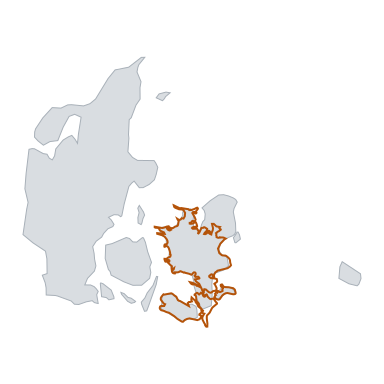 Sjaælland on a map of Denmark (orthographic projection)
{"feature_id": "DNK-3420", "entity_name": "Sjaælland", "entity_type": "Region", "adm_level": 1, "iso_a3": "DNK", "parent_name": "Denmark", "parent_adm1": "", "projection": "orthographic", "projection_center": [11.743, 55.283], "detail": "fine", "context": "in_parent", "style": "outline", "palette": "amber", "viewbox_px": 384, "rotation_deg": 0, "n_neighbors": 0, "source": "natural_earth", "source_scale": "10m", "svg_char_len": 9664}
<svg xmlns="http://www.w3.org/2000/svg" viewBox="0 0 384 384"><path d="M98.2,303.5L97.5,303.4L94.4,302.6L92.2,300.7L86.4,301.8L78.7,304.5L74.4,304.2L71.2,301.0L57.5,296.0L55.3,295.5L46.2,295.0L46.1,287.9L45.2,282.8L42.3,275.2L47.1,273.6L46.9,258.8L45.5,251.2L32.9,242.8L23.0,234.6L26.7,209.2L28.1,202.4L24.9,188.8L26.1,173.5L29.0,149.3L32.2,148.6L34.5,148.8L43.2,153.6L47.0,154.2L49.3,158.2L52.3,159.9L54.6,155.9L55.8,148.9L63.2,140.0L68.3,136.9L71.8,135.4L75.0,139.2L77.5,143.4L78.4,134.4L81.1,117.2L74.6,114.3L69.1,116.4L63.2,127.1L57.8,140.6L49.9,141.6L43.4,145.2L38.0,140.9L34.5,137.1L34.7,131.9L35.6,128.8L42.8,117.9L52.2,107.6L61.0,108.1L67.7,104.9L71.5,104.7L83.6,105.9L89.9,103.7L95.6,99.0L108.1,78.5L115.1,69.9L128.7,67.2L141.3,57.4L144.8,57.3L138.8,64.7L137.8,67.6L137.0,72.0L141.0,81.7L140.0,87.6L140.1,99.1L136.0,105.1L131.2,117.8L129.2,119.7L128.5,134.6L128.9,138.2L127.9,151.8L132.5,157.4L137.5,160.4L154.1,160.6L155.8,163.1L157.8,167.3L156.2,174.4L154.4,179.8L149.4,184.3L143.2,187.6L139.3,187.7L134.1,181.1L131.6,183.2L128.9,186.4L124.2,203.9L121.8,215.8L120.7,216.7L118.2,214.9L114.0,214.7L108.5,217.3L111.2,219.9L114.0,224.4L112.8,226.6L107.9,228.8L103.6,233.5L101.7,237.1L96.2,241.2L92.7,246.6L94.1,253.4L94.6,259.3L95.9,265.9L94.4,271.1L87.5,278.4L84.8,284.9L90.6,285.0L94.1,286.6L96.1,288.6L98.2,291.4L96.7,294.7L98.2,303.5ZM235.5,223.2L235.8,231.7L234.6,234.2L232.7,235.8L228.0,237.6L223.8,240.0L220.2,244.3L218.8,250.4L221.8,254.8L227.1,257.2L228.5,265.6L224.2,269.8L212.9,274.0L211.8,284.1L212.2,292.0L212.0,297.7L211.2,305.7L202.0,309.4L196.0,297.2L196.0,292.4L194.2,286.7L193.9,281.9L191.8,274.2L183.2,272.1L179.8,271.8L175.2,273.2L174.0,272.6L168.5,262.0L169.5,250.4L166.6,244.5L166.2,241.9L166.3,238.9L163.9,236.5L161.0,235.2L159.6,228.6L163.0,227.0L171.3,227.9L173.8,227.5L176.0,226.1L182.8,215.4L182.6,213.0L183.4,209.9L190.7,208.8L193.9,213.0L193.2,219.6L193.6,228.2L198.1,230.5L199.8,230.8L201.6,224.5L202.9,221.5L204.7,219.7L205.2,214.0L204.2,210.5L202.0,207.9L210.2,200.7L218.7,195.0L223.6,194.7L228.6,196.0L233.2,197.9L235.7,199.5L237.2,202.1L234.1,208.4L233.3,211.9L235.5,223.2ZM143.5,237.9L145.4,242.3L147.7,251.8L151.5,262.4L149.8,266.8L150.8,272.5L149.6,278.4L141.7,285.2L132.9,285.3L123.8,281.8L111.1,275.1L110.1,271.5L108.4,269.5L105.2,258.5L105.7,245.1L112.1,243.6L126.3,237.5L129.5,238.5L132.8,241.9L136.7,242.1L142.4,237.6L143.5,237.9ZM177.5,299.2L186.1,304.5L192.0,304.2L196.0,306.4L196.9,309.8L197.3,317.3L193.1,319.5L188.4,318.7L182.1,321.5L161.5,309.1L161.9,298.9L162.8,294.9L172.5,294.1L177.5,299.2ZM358.8,284.3L357.1,285.8L349.0,283.8L338.9,278.4L339.9,266.8L342.2,261.7L360.5,273.8L361.0,278.6L358.8,284.3ZM146.7,310.9L144.5,311.3L141.7,304.4L141.3,302.2L144.9,297.9L147.2,292.9L153.0,285.4L156.5,276.4L157.7,276.6L156.2,284.5L148.3,306.7L146.7,310.9ZM114.0,298.7L108.9,299.8L106.4,297.6L101.6,296.7L100.3,283.6L100.8,282.9L103.1,283.8L111.2,290.1L113.9,296.9L114.0,298.7ZM235.4,292.7L233.6,294.0L226.1,293.2L217.7,299.1L214.5,297.3L215.7,293.5L216.5,292.1L219.4,290.5L221.2,288.2L221.9,284.5L223.7,286.5L228.9,287.2L231.5,288.4L233.6,290.1L235.4,292.7ZM141.9,223.1L141.1,224.6L138.1,223.0L137.9,217.5L139.1,212.6L137.8,208.2L139.3,205.4L143.5,212.0L144.6,215.1L142.9,218.8L141.9,223.1ZM164.4,98.7L162.5,100.7L156.2,97.8L159.1,93.9L166.0,92.1L170.1,92.8L165.6,96.6L164.4,98.7ZM134.6,302.4L131.3,303.3L127.6,301.3L121.6,294.3L120.9,292.4L124.1,293.6L128.0,297.4L131.2,298.2L135.6,301.4L134.6,302.4ZM240.4,239.1L235.9,242.8L234.9,242.6L233.4,237.7L235.7,234.6L237.1,232.1L238.1,232.1L239.5,234.9L240.4,239.1Z" fill="#d9dde1" stroke="#a8b0b8" stroke-width="1"/><path d="M225.7,238.6L224.4,239.4L220.4,243.6L218.0,248.6L219.3,253.1L221.7,255.1L222.5,255.4L225.5,255.6L226.3,256.0L228.4,257.7L229.5,259.0L230.0,260.3L230.1,261.7L230.3,263.0L231.0,265.2L230.1,266.4L227.6,268.2L217.4,270.7L216.7,271.5L215.4,272.3L214.5,273.8L213.9,275.5L214.2,277.0L213.8,277.7L213.4,278.0L213.0,277.9L212.5,277.5L212.9,275.7L212.3,274.6L211.3,274.3L209.3,275.8L209.2,276.7L209.5,277.0L210.9,278.1L214.9,278.5L216.8,279.1L217.2,281.1L216.9,281.9L216.6,282.2L214.9,283.3L214.4,283.8L214.7,284.0L216.6,288.0L216.5,289.6L215.9,290.5L214.9,290.9L213.8,290.9L213.0,291.2L211.4,292.5L210.3,292.7L208.6,292.0L205.9,289.5L204.3,289.2L204.2,289.6L204.6,289.8L204.0,290.3L203.6,290.4L203.9,292.1L203.5,293.0L203.1,293.9L202.9,295.1L203.3,296.0L204.0,296.6L204.7,296.7L205.3,296.2L204.9,295.1L205.4,295.0L206.6,294.4L207.0,294.9L207.8,296.8L209.8,298.7L210.6,299.1L212.5,298.7L213.4,298.7L214.1,299.4L215.5,301.5L217.0,303.2L217.0,303.7L212.7,307.3L212.0,308.1L210.1,311.8L209.8,312.5L209.4,312.9L208.0,314.5L207.5,314.8L206.8,316.0L206.8,318.7L207.4,323.5L207.3,326.6L206.3,326.7L205.2,325.4L205.0,324.2L204.3,323.2L202.7,320.0L202.3,318.9L202.4,317.2L203.0,315.8L204.3,313.7L203.3,313.5L202.6,313.0L202.5,312.1L203.0,310.7L202.4,310.4L201.6,309.0L199.4,306.6L199.0,305.5L198.9,304.8L198.9,303.9L198.6,303.3L197.7,302.3L197.0,301.7L196.5,300.8L196.3,299.1L196.2,297.6L196.1,296.4L195.6,295.6L194.6,295.1L194.6,294.5L196.5,293.0L196.9,292.8L197.6,293.0L198.6,294.2L199.1,294.5L199.6,294.1L200.7,292.9L200.9,293.1L201.3,293.5L202.0,293.1L202.9,292.1L202.9,291.6L202.4,290.9L201.5,288.3L200.9,287.5L197.7,285.9L196.7,285.8L195.8,284.8L195.4,284.6L192.4,284.4L191.4,283.9L190.7,283.2L190.0,282.2L192.6,282.8L197.7,285.2L200.2,285.8L199.2,283.8L196.1,281.5L194.9,279.4L199.1,278.6L199.4,278.3L199.2,277.6L198.2,276.7L195.4,276.9L194.6,275.8L195.3,275.0L195.7,274.0L195.6,273.1L194.9,272.4L193.8,272.4L193.0,273.1L192.3,274.1L191.6,274.7L191.0,274.6L189.2,273.8L185.5,272.9L184.6,272.4L184.0,272.7L180.6,271.2L180.0,271.3L178.7,272.1L178.0,272.3L174.7,272.3L174.7,272.9L175.7,273.5L174.0,273.4L172.8,272.9L172.0,271.7L171.7,269.4L172.4,269.9L173.1,269.9L173.7,269.4L174.0,268.2L173.5,268.6L173.0,268.8L171.9,268.9L171.7,268.4L171.9,266.3L171.6,265.9L170.7,265.3L168.1,262.8L167.6,262.1L168.1,261.8L168.8,261.8L169.3,261.5L169.4,260.6L169.1,260.2L168.4,260.0L167.1,260.0L166.8,260.5L166.6,261.2L166.2,261.7L165.5,261.7L165.2,261.4L164.5,259.5L164.5,258.8L166.5,258.9L168.0,257.6L170.2,256.7L170.6,255.7L170.6,254.7L170.0,254.2L170.2,253.3L169.8,251.4L168.9,248.4L168.3,247.3L167.7,246.6L166.9,246.2L165.9,246.0L165.1,246.7L164.5,246.8L164.3,246.3L164.4,245.2L164.7,244.6L165.1,244.3L165.8,244.3L167.1,243.8L167.6,242.6L167.5,241.0L166.8,239.4L164.7,236.7L162.4,235.3L157.2,233.8L157.2,233.1L164.7,233.9L164.0,232.4L161.0,231.1L159.8,230.3L159.1,228.9L158.7,228.3L157.9,227.9L155.4,227.7L154.7,227.3L154.7,226.7L162.2,228.0L163.8,227.7L166.7,226.6L168.4,226.3L168.4,226.9L167.4,226.8L166.9,227.0L166.4,227.4L167.2,228.9L168.4,230.1L169.8,230.5L171.0,229.8L169.0,228.0L169.7,227.4L170.1,227.9L170.9,228.1L172.7,228.1L173.4,227.8L175.1,226.6L176.7,226.2L177.5,225.8L178.0,225.0L178.6,221.4L178.4,220.7L177.6,219.5L177.3,218.8L178.5,219.6L179.7,219.9L180.8,219.4L181.8,218.2L183.5,218.6L184.8,216.3L185.1,212.9L183.5,210.1L182.1,209.5L179.1,209.3L175.3,207.8L174.2,206.9L173.8,205.4L179.9,208.3L181.1,208.0L188.4,209.2L189.3,210.1L191.3,210.0L194.6,208.9L196.4,207.9L197.3,207.7L197.9,208.4L197.7,209.2L196.3,210.9L195.9,211.9L196.5,212.8L196.2,213.3L195.4,213.5L194.6,213.0L194.9,211.9L193.4,212.0L192.8,212.3L192.3,213.0L194.7,217.2L195.6,219.5L194.9,221.2L194.2,221.3L192.7,220.9L192.0,221.2L191.1,222.5L190.6,222.9L189.7,222.9L189.7,223.6L190.5,223.8L192.8,223.6L195.0,222.2L195.9,222.4L196.7,224.4L197.1,225.8L197.1,226.4L193.2,227.1L192.4,227.5L192.0,228.0L192.6,228.7L193.3,228.8L195.5,228.6L195.9,228.4L196.3,228.0L197.1,228.8L198.2,230.5L198.6,231.6L198.6,232.1L198.3,232.6L197.9,234.0L198.7,233.2L199.4,232.4L201.5,227.9L203.3,227.8L203.9,227.5L204.1,227.2L204.8,227.4L207.1,228.8L206.8,230.2L206.4,231.2L204.7,232.8L204.1,234.0L205.1,234.2L206.5,233.6L207.6,232.4L207.7,231.0L208.5,230.7L209.3,231.0L210.0,231.7L210.4,232.8L208.9,232.3L208.7,232.5L209.0,233.2L209.7,233.8L211.3,234.5L211.7,232.7L212.8,230.0L213.0,228.1L212.0,223.9L213.8,223.9L216.4,226.4L219.9,227.0L219.3,227.7L219.3,228.1L219.7,228.7L220.7,229.3L220.8,229.5L220.6,229.9L218.7,231.3L217.7,231.7L216.0,233.1L216.4,233.6L216.4,233.9L216.2,235.3L216.3,235.8L216.6,236.2L216.6,237.2L218.1,237.8L219.0,237.8L219.9,237.2L220.5,237.6L221.9,237.4L223.6,237.6L225.7,238.6ZM201.1,312.8L200.6,313.4L199.6,313.9L199.3,314.8L201.2,315.7L201.0,317.5L199.5,319.3L197.3,320.1L189.6,318.4L187.1,318.9L184.8,320.0L182.9,321.8L181.8,321.6L177.3,318.8L174.3,316.2L168.9,312.7L166.5,312.1L163.9,310.9L161.2,310.2L160.2,309.3L159.7,308.0L160.1,306.5L161.3,305.8L162.8,306.1L164.2,306.0L165.1,304.2L164.3,303.9L163.6,303.4L161.1,300.1L160.8,299.5L160.8,298.1L161.5,296.7L163.5,294.3L164.2,294.6L171.2,293.3L172.4,293.8L174.7,295.7L175.5,296.1L176.4,296.9L177.9,300.1L179.0,300.8L180.2,301.1L188.9,306.1L188.4,304.6L187.8,303.7L187.8,303.0L188.9,302.0L190.2,302.0L191.4,301.5L191.9,301.4L191.5,300.5L191.3,299.4L191.6,297.4L195.3,300.8L195.6,302.0L196.7,303.5L197.5,304.1L198.3,304.4L197.6,304.9L198.3,306.5L200.8,308.5L201.3,309.3L201.4,310.7L201.6,311.3L201.6,311.8L201.1,312.8ZM228.9,287.3L233.2,288.2L234.8,289.6L235.6,292.5L235.6,293.5L235.1,294.0L234.3,294.2L233.2,294.3L227.4,293.0L225.6,293.3L224.0,294.1L222.3,295.5L219.8,299.1L218.8,299.6L217.4,299.4L214.3,297.9L214.3,297.4L215.0,297.3L214.8,296.5L215.0,295.8L215.4,295.3L215.9,295.0L215.0,293.9L216.0,292.6L216.7,292.3L217.3,292.7L217.6,292.1L217.3,290.9L218.1,291.0L219.2,291.8L220.0,292.1L222.0,291.3L222.6,290.9L222.4,290.0L222.3,289.3L222.5,288.8L223.0,288.5L223.0,288.0L221.4,286.8L220.9,286.2L220.7,285.4L220.8,284.8L221.4,284.5L222.2,284.5L223.3,286.4L224.9,287.1L228.9,287.3Z" fill="none" stroke="#b45309" stroke-width="2"/></svg>